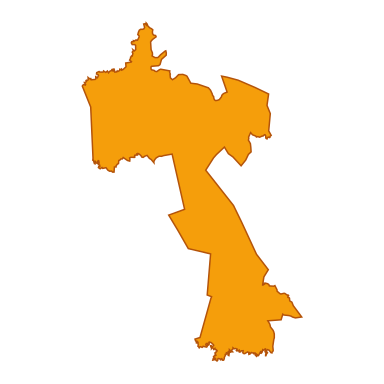 the district of Mariscala de Juárez, Oaxaca, Mexico
{"feature_id": "50627088B44259809604887", "entity_name": "Mariscala de Juárez", "entity_type": "district", "adm_level": 2, "iso_a3": "MEX", "parent_name": "Mexico", "parent_adm1": "Oaxaca", "projection": "natural_earth1", "projection_center": [-98.113, 17.821], "detail": "fine", "context": "isolated", "style": "filled", "palette": "amber", "viewbox_px": 384, "rotation_deg": 0, "n_neighbors": 0, "source": "geoboundaries", "source_scale": "gbopen_adm2", "svg_char_len": 5910}
<svg xmlns="http://www.w3.org/2000/svg" viewBox="0 0 384 384"><path d="M93.0,158.1L92.8,160.1L93.3,160.1L94.4,163.6L95.0,163.8L94.8,161.6L95.1,161.2L95.6,161.5L95.7,162.7L97.5,163.5L97.6,161.6L98.2,160.6L98.7,160.8L99.1,162.9L98.6,164.7L99.7,165.1L99.8,166.4L98.7,166.6L98.4,167.6L100.1,168.8L102.0,167.5L102.7,168.4L106.0,167.7L107.9,170.2L109.6,171.2L111.7,171.1L112.4,172.1L113.7,171.9L114.0,172.7L114.4,167.0L116.1,166.9L116.1,165.8L117.4,164.1L118.5,163.6L118.8,160.5L120.0,160.0L121.0,158.9L122.4,158.9L123.2,157.5L127.5,160.5L129.7,161.1L129.9,159.7L129.6,157.9L130.9,157.3L134.6,157.4L134.9,157.0L134.5,156.6L134.7,155.3L136.2,155.1L136.3,155.6L136.7,153.9L137.2,153.9L137.4,155.0L137.8,154.8L138.0,153.5L139.2,154.0L140.9,155.6L141.8,157.1L143.1,157.4L145.0,156.1L147.1,155.4L149.4,158.4L151.2,159.5L153.9,162.7L153.8,161.7L154.8,159.6L156.3,157.8L159.1,156.2L161.6,156.3L163.6,155.6L172.1,154.1L184.6,209.3L168.7,215.1L177.9,230.4L188.3,248.6L210.6,253.9L207.2,295.0L211.6,296.7L210.8,298.7L200.0,337.5L195.0,339.1L195.6,341.0L196.8,341.2L196.3,342.8L196.8,343.0L197.7,342.0L198.0,342.2L198.1,344.3L198.3,344.9L197.9,346.2L198.6,346.8L199.2,347.8L200.1,346.7L200.7,346.7L202.1,347.4L202.6,347.1L203.1,346.3L206.5,347.1L207.1,346.7L207.3,345.4L206.1,345.2L205.7,344.8L206.3,343.5L207.3,343.4L208.0,345.3L208.8,344.7L209.3,343.9L208.8,342.7L209.2,342.0L211.2,342.6L213.4,344.7L213.7,345.2L213.6,345.7L212.0,346.6L211.7,346.7L211.2,345.6L210.6,345.7L210.8,346.9L211.5,347.8L211.5,348.5L212.1,347.7L212.4,347.6L213.5,348.7L213.6,349.3L214.9,348.4L215.1,349.5L216.0,349.5L217.1,350.5L217.2,350.9L216.2,351.3L216.1,352.3L214.9,353.0L215.6,354.1L215.3,354.6L215.9,355.3L215.4,355.7L214.5,355.5L214.2,356.2L213.6,356.5L214.1,357.5L213.3,358.3L212.8,360.1L214.3,359.8L215.2,358.3L215.6,358.5L215.8,360.1L217.0,361.0L217.8,360.1L217.8,359.0L218.3,358.5L220.0,358.8L220.3,359.6L220.8,359.9L221.6,358.7L222.1,359.0L222.6,360.2L223.6,360.2L224.3,358.7L224.3,357.5L225.5,355.1L225.3,354.5L226.0,354.4L226.4,354.1L226.2,353.5L226.4,352.7L227.7,353.1L228.2,355.3L228.9,355.6L229.3,352.3L229.1,352.0L228.3,352.2L228.2,351.6L229.4,351.1L229.4,349.7L230.0,350.3L229.9,352.4L230.4,352.2L230.5,351.3L231.7,351.9L232.6,351.8L231.7,350.9L231.6,350.2L233.0,349.0L233.0,347.8L234.3,348.8L235.6,348.5L237.1,349.0L237.2,349.4L236.3,350.4L236.7,350.9L237.9,350.8L239.2,350.1L239.4,351.2L239.1,351.8L239.6,352.1L240.7,351.8L241.2,350.8L243.1,350.7L242.8,352.8L244.0,353.7L244.8,353.6L247.6,351.9L248.7,352.6L248.9,354.4L249.4,354.2L249.7,353.0L250.3,353.7L251.3,352.5L252.0,352.9L253.2,352.8L253.6,353.6L254.5,353.0L255.3,353.1L255.5,353.6L255.0,354.7L256.6,356.4L257.2,355.8L256.8,354.3L258.5,355.5L260.7,351.5L261.1,351.5L260.7,353.2L261.1,353.3L261.5,353.0L262.2,352.0L262.7,349.8L263.2,350.3L265.2,348.9L265.5,348.9L265.5,349.4L265.0,351.3L265.1,351.9L266.1,352.6L265.6,354.8L265.6,355.7L265.9,355.7L266.7,353.6L267.5,352.8L266.5,351.4L266.6,350.5L267.4,349.6L269.1,350.2L271.0,352.7L271.9,352.9L271.9,352.5L272.9,351.3L273.2,350.4L272.8,346.3L273.8,339.5L274.3,337.8L274.3,334.0L273.7,331.7L273.0,330.2L270.5,327.0L269.8,324.1L267.8,320.8L281.1,319.8L282.8,314.2L283.8,315.0L289.2,315.6L291.2,316.2L292.4,317.0L295.4,317.9L301.7,317.0L293.3,305.7L291.9,302.2L289.7,300.8L289.5,298.2L289.1,297.7L287.9,297.4L287.9,296.2L288.6,295.7L288.4,295.2L286.8,294.8L284.8,293.4L284.0,293.3L280.9,294.0L279.9,293.6L277.1,291.2L277.0,289.8L274.9,285.6L273.7,286.2L269.4,285.9L268.8,284.5L267.6,283.7L265.3,283.1L264.4,283.2L264.6,284.1L263.1,284.8L262.5,285.6L263.9,276.9L268.3,269.7L256.5,254.3L241.4,221.7L233.5,205.5L205.7,170.2L213.6,157.8L216.5,154.5L224.4,147.1L228.4,153.7L232.9,156.9L241.1,165.8L245.7,160.1L248.4,154.4L251.1,151.9L250.8,147.2L250.4,143.6L248.4,140.1L248.8,138.5L248.6,137.1L250.6,132.6L252.5,134.8L255.8,136.1L256.4,137.0L257.8,136.6L259.7,137.2L262.2,136.0L262.9,136.1L264.5,134.7L265.1,134.8L265.7,135.9L265.8,138.0L266.2,138.5L267.0,138.9L267.4,137.8L268.0,137.2L268.5,137.1L269.2,137.6L269.9,137.4L270.0,136.4L271.2,135.4L268.7,130.9L270.3,113.6L267.0,105.4L268.6,94.0L255.1,87.5L238.2,80.2L227.1,77.2L221.6,76.1L227.1,92.1L224.3,93.2L223.1,93.9L221.9,95.2L221.4,96.9L219.3,99.6L217.6,100.3L215.7,100.6L214.5,99.9L213.9,98.5L213.6,96.5L212.6,95.4L212.2,93.8L210.5,90.2L208.4,87.8L197.3,84.0L190.8,83.2L187.0,76.2L185.9,75.5L182.8,74.4L178.6,74.6L175.6,77.7L172.5,79.7L170.4,77.9L170.0,74.4L170.3,74.1L169.6,72.2L169.8,70.9L160.7,69.2L159.4,69.7L156.8,71.6L155.1,71.3L154.1,70.4L151.6,69.8L151.0,68.9L151.0,67.0L151.6,66.3L158.5,65.7L160.0,64.6L161.5,59.4L166.2,55.2L166.3,52.9L165.8,50.8L165.2,51.0L160.6,54.7L158.3,57.2L157.5,57.6L155.0,57.6L152.1,55.9L152.5,54.5L152.4,52.8L151.1,49.7L150.6,41.9L151.6,40.5L152.9,39.2L156.1,36.8L155.6,35.5L153.6,35.1L152.6,33.7L152.4,31.8L152.8,29.8L151.5,28.7L149.7,27.8L147.8,25.9L147.2,24.1L146.2,23.0L146.1,24.8L145.2,23.7L143.7,24.0L144.6,27.5L143.8,28.9L142.6,29.3L140.6,29.3L139.3,30.2L138.4,32.2L137.8,34.6L139.1,35.9L139.1,37.0L137.5,40.2L136.9,40.4L136.1,39.9L134.3,41.0L133.5,40.7L133.6,41.5L131.8,41.7L131.3,42.9L132.2,44.6L134.7,44.6L135.6,45.4L135.7,49.6L134.3,50.9L133.1,49.9L133.4,50.7L132.2,52.1L132.9,53.3L132.3,56.0L131.9,56.2L131.6,55.3L131.5,56.5L130.6,57.1L130.5,58.4L129.6,60.1L131.5,61.6L131.2,62.1L125.7,63.0L126.0,66.8L123.1,69.5L121.7,70.1L121.5,69.0L120.8,69.5L119.8,69.2L119.7,70.4L117.8,71.5L117.2,70.9L116.5,71.9L114.8,72.1L114.5,70.8L113.9,71.1L112.4,70.8L114.4,70.0L114.0,69.0L111.9,69.5L111.7,70.3L109.6,71.4L108.5,72.8L107.4,71.0L105.8,72.4L103.6,71.0L103.5,71.8L102.7,72.1L99.7,72.1L99.1,71.5L96.7,72.6L96.5,74.0L98.2,74.8L98.5,75.4L97.4,77.8L96.2,77.6L95.7,75.8L95.8,78.8L95.3,79.4L91.2,79.8L90.6,79.5L90.8,78.6L89.2,78.5L88.1,77.5L88.2,79.8L87.2,80.4L86.4,80.2L86.0,80.6L86.4,81.6L85.1,82.5L84.5,82.5L85.6,84.4L85.2,85.1L83.9,84.5L82.7,85.3L82.3,86.1L90.7,107.0L93.0,158.1Z" fill="#f59e0b" stroke="#b45309" stroke-width="1.5"/></svg>